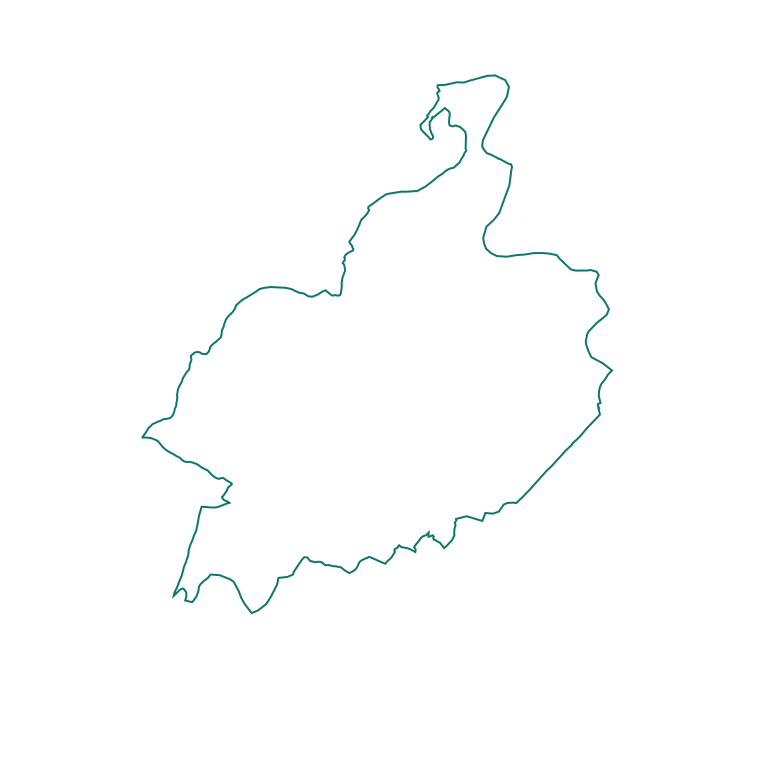 outline of Gadinti, Neamt, Romania, rotated 136°
{"feature_id": "2599482B80343576594482", "entity_name": "Gadinti", "entity_type": "district", "adm_level": 2, "iso_a3": "ROU", "parent_name": "Romania", "parent_adm1": "Neamt", "projection": "robinson", "projection_center": [27.043, 46.924], "detail": "fine", "context": "isolated", "style": "outline", "palette": "teal", "viewbox_px": 768, "rotation_deg": 136, "n_neighbors": 0, "source": "geoboundaries", "source_scale": "gbopen_adm2", "svg_char_len": 6161}
<svg xmlns="http://www.w3.org/2000/svg" viewBox="0 0 768 768"><g transform="rotate(136 384 384)"><path d="M544.0,516.2L546.4,514.7L547.6,513.5L548.8,512.6L552.2,511.2L554.3,509.6L557.9,508.2L559.8,508.0L561.2,508.1L562.6,508.6L567.5,512.1L570.9,513.0L573.2,514.2L575.8,514.9L578.4,516.0L581.1,515.8L583.9,515.9L586.7,515.1L591.4,514.1L594.3,513.7L594.8,513.3L594.8,513.0L592.9,511.4L590.2,508.3L588.8,506.2L586.8,501.7L586.4,500.1L586.4,497.8L586.9,493.5L586.7,488.6L585.6,483.8L584.4,480.4L583.2,475.8L582.2,473.0L582.0,472.0L582.2,471.0L581.6,467.5L581.1,466.3L580.3,465.2L578.1,463.2L577.2,462.0L576.1,460.2L575.7,459.2L574.3,456.5L573.8,454.4L573.3,451.3L572.1,447.4L571.1,444.9L570.9,444.8L571.0,438.9L570.6,434.7L569.5,431.8L568.7,430.5L566.1,429.2L564.9,427.9L564.1,423.7L562.9,419.5L562.9,418.0L563.1,417.6L567.8,417.8L569.5,417.3L571.0,416.5L576.3,415.4L577.5,415.2L578.9,415.3L579.4,414.7L579.7,412.3L579.5,411.2L577.6,406.1L577.7,405.8L579.9,407.1L587.8,410.4L589.8,411.4L591.4,412.6L594.7,415.8L596.0,417.5L600.4,422.4L608.5,417.8L614.3,413.5L621.4,408.7L626.3,406.9L629.6,405.0L632.5,403.9L636.1,402.3L640.1,400.0L642.5,397.8L644.6,396.3L647.0,395.3L650.4,393.3L651.4,393.0L655.4,391.2L656.6,390.3L662.9,386.5L667.1,384.8L674.9,381.1L677.2,380.5L679.7,379.4L682.3,377.7L674.5,377.8L672.1,377.4L670.7,376.7L670.4,375.2L670.9,371.6L673.7,368.5L677.4,366.4L673.6,360.4L671.3,360.6L666.5,361.5L662.0,363.6L657.6,366.9L654.8,367.5L649.8,367.4L645.6,366.8L641.1,367.4L635.0,360.6L630.4,350.5L629.5,346.2L632.3,336.2L635.3,329.2L637.0,322.8L638.3,311.1L631.9,308.6L621.4,307.5L613.1,309.6L600.4,313.9L594.6,317.8L587.5,312.3L581.8,310.2L579.5,311.5L571.2,313.4L565.1,314.6L561.9,314.9L559.7,312.7L560.0,307.5L559.1,306.9L557.7,303.9L554.9,301.9L553.0,299.9L552.4,297.4L552.3,295.8L552.1,294.5L550.7,293.1L549.4,292.1L549.2,291.4L546.9,288.1L544.9,285.8L544.3,284.7L543.0,283.2L542.2,281.6L541.7,277.0L540.3,272.0L536.6,270.9L533.0,270.4L530.3,271.0L525.3,273.0L522.1,272.6L518.1,271.2L516.8,270.5L514.9,270.1L514.2,268.9L508.1,253.9L503.9,254.2L502.8,254.0L499.2,254.0L494.9,255.1L493.9,255.2L493.0,255.5L492.6,256.1L492.5,256.8L490.6,257.7L488.4,256.9L487.2,257.0L486.1,257.5L485.6,257.6L485.1,257.4L484.9,254.9L484.6,254.2L483.0,252.2L481.2,249.6L480.2,247.6L479.1,244.5L478.2,241.4L477.0,242.2L476.0,243.3L475.8,244.6L475.9,245.3L475.0,246.0L467.2,247.1L464.3,247.7L461.3,247.2L459.0,246.1L457.9,245.9L455.1,246.1L458.1,243.3L457.4,242.9L456.9,242.4L454.0,241.3L454.1,239.8L454.3,239.5L455.6,239.1L456.3,237.5L456.1,237.1L455.8,236.8L454.6,232.5L454.0,231.1L454.7,224.2L451.0,224.0L443.8,224.4L438.7,226.0L437.5,227.6L433.9,230.9L430.6,232.8L429.3,235.1L426.7,235.6L425.9,236.9L416.4,231.4L408.4,217.2L400.7,220.8L395.7,215.1L390.0,212.4L381.6,214.1L377.8,212.7L373.5,208.9L371.5,206.5L362.6,206.4L351.6,206.8L327.4,208.6L320.2,208.5L298.9,209.9L291.2,209.7L290.8,209.8L290.5,210.2L287.9,210.2L286.7,210.4L284.9,210.1L278.7,210.2L268.0,211.3L249.9,212.0L246.4,217.9L245.9,217.6L245.5,219.2L244.6,220.6L244.0,221.0L241.5,219.9L238.6,224.9L237.8,226.1L236.0,228.0L232.6,230.7L229.8,232.2L227.3,233.1L221.0,233.9L216.8,235.1L214.2,235.3L210.6,235.3L212.2,246.9L216.2,259.2L214.3,265.1L211.6,271.2L209.3,274.5L202.8,278.9L200.0,279.7L188.6,280.1L176.0,279.0L170.4,281.4L168.9,286.0L167.5,292.2L167.5,297.5L166.6,302.5L161.9,309.6L153.9,313.2L153.0,317.0L156.2,322.5L158.8,324.3L167.3,332.4L170.0,336.5L170.6,351.5L170.2,356.7L174.2,362.6L179.3,368.4L185.6,374.3L192.7,379.3L199.1,384.6L207.3,390.3L213.9,397.6L216.1,403.7L216.6,410.5L214.3,415.7L211.3,420.1L201.1,426.0L190.6,425.8L182.5,426.9L155.7,439.9L143.7,449.5L141.1,451.2L140.0,453.9L140.6,454.5L141.8,457.0L143.7,463.3L144.1,464.9L144.9,465.9L147.3,473.4L149.7,478.9L149.4,482.6L148.6,486.3L146.4,488.4L143.1,490.8L119.7,499.4L103.3,503.3L96.2,505.2L87.8,510.8L85.7,518.4L89.8,528.9L95.8,534.0L111.1,542.4L117.2,545.4L121.7,550.2L132.0,556.6L136.6,560.5L137.7,561.6L139.2,560.5L139.6,559.7L139.8,557.8L140.4,556.2L143.1,556.6L143.8,556.1L144.8,554.2L145.7,552.0L147.7,550.4L149.3,550.2L155.8,548.2L159.0,548.0L161.0,548.1L163.7,547.3L166.7,547.1L167.1,545.3L177.7,545.1L179.4,543.1L180.3,541.7L180.6,538.6L180.5,536.3L180.6,533.3L180.4,531.9L180.5,530.3L180.7,527.9L179.9,527.0L178.4,526.8L177.6,527.0L176.6,528.2L175.6,531.7L173.8,535.5L172.4,537.1L171.4,538.6L168.9,540.8L167.9,540.7L166.5,541.0L165.4,541.4L164.9,542.0L164.0,542.2L164.2,541.5L148.4,540.2L148.4,538.6L148.0,535.8L148.2,534.1L149.2,532.5L150.0,531.7L152.1,530.1L155.2,527.3L156.6,525.6L157.0,524.3L156.6,523.0L155.3,521.3L153.2,520.5L152.1,518.8L150.7,515.8L150.4,511.9L150.4,509.0L152.5,505.7L161.5,496.9L163.0,494.5L165.0,494.4L168.7,492.9L171.8,492.2L176.1,490.8L179.1,491.1L183.5,491.1L186.2,492.8L188.7,493.8L192.4,494.5L195.5,494.6L199.8,495.5L202.5,495.9L209.1,496.3L217.4,497.3L226.5,499.9L227.9,501.5L230.5,503.4L236.3,508.6L237.2,509.8L246.5,516.3L250.7,519.0L260.3,520.7L266.7,521.3L270.0,522.1L272.3,522.2L273.4,521.4L273.7,519.6L274.8,519.1L277.1,518.4L280.7,517.9L286.1,517.9L288.2,517.1L291.0,515.7L297.9,513.0L301.8,511.8L310.2,510.4L310.7,509.0L311.0,505.7L311.9,504.0L312.3,502.3L313.7,501.6L317.1,502.8L319.7,503.4L322.2,503.5L324.6,502.7L324.7,502.0L325.9,500.4L328.3,500.1L329.8,499.6L329.7,497.6L333.0,492.7L339.9,489.4L344.8,485.7L346.3,483.8L349.1,481.5L352.3,479.0L353.9,478.5L355.6,479.3L357.1,481.6L359.7,483.4L360.3,485.7L361.0,492.0L363.1,493.0L369.7,494.4L375.0,496.6L377.5,499.6L378.8,504.8L382.0,509.2L384.7,516.7L388.0,521.6L398.1,532.4L403.7,536.6L407.7,538.8L412.6,539.5L422.7,541.7L425.7,542.6L429.8,543.2L436.0,543.3L438.4,541.9L442.6,540.9L449.0,540.9L453.1,540.1L457.5,538.0L459.6,536.6L462.9,535.3L465.1,533.7L466.8,532.2L469.0,530.9L475.3,531.1L480.0,531.6L482.5,531.4L484.1,530.9L486.1,529.6L487.7,529.0L490.7,528.9L491.6,529.3L492.5,530.6L493.8,532.0L494.1,532.5L494.6,534.9L495.9,536.6L496.5,537.2L498.8,538.2L503.5,538.4L505.2,535.8L505.8,535.2L506.5,534.7L510.2,533.0L510.8,532.6L512.2,531.1L513.2,530.4L514.7,529.8L518.5,529.5L524.8,527.8L527.6,526.2L533.4,524.4L535.7,523.4L540.5,519.9L541.9,518.0L543.1,517.1L544.0,516.2Z" fill="none" stroke="#0f766e" stroke-width="2"/></g></svg>